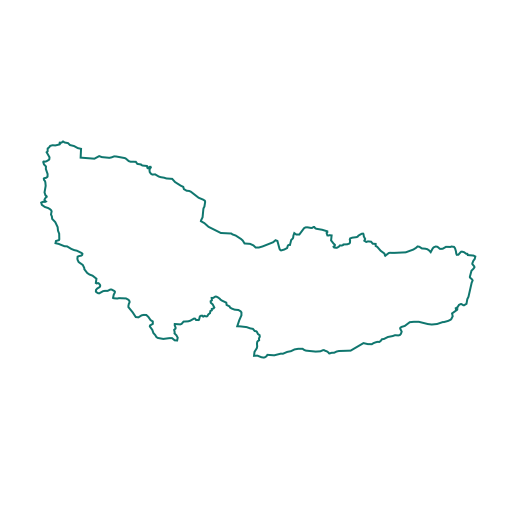 Turrubares, San José, Costa Rica, rotated 274°
{"feature_id": "36466004B44597277334716", "entity_name": "Turrubares", "entity_type": "district", "adm_level": 2, "iso_a3": "CRI", "parent_name": "Costa Rica", "parent_adm1": "San José", "projection": "natural_earth1", "projection_center": [-84.504, 9.748], "detail": "fine", "context": "isolated", "style": "outline", "palette": "teal", "viewbox_px": 512, "rotation_deg": 274, "n_neighbors": 0, "source": "geoboundaries", "source_scale": "gbopen_adm2", "svg_char_len": 6065}
<svg xmlns="http://www.w3.org/2000/svg" viewBox="0 0 512 512"><g transform="rotate(274 256 256)"><path d="M344.9,39.9L340.1,43.1L338.2,43.1L337.5,42.7L335.9,40.4L335.5,39.4L335.4,37.5L334.9,37.2L332.6,38.1L330.7,40.2L328.1,40.3L323.2,42.4L320.7,42.5L320.3,42.3L319.4,41.2L318.8,39.2L318.3,38.9L317.0,39.3L316.1,40.2L314.9,40.7L311.3,41.3L304.7,40.6L301.9,41.7L301.3,42.7L300.5,43.1L299.7,42.2L297.6,41.1L296.9,41.1L295.7,42.6L295.3,41.9L295.1,39.4L294.3,38.0L292.1,38.8L290.2,41.9L289.3,45.4L288.3,47.3L287.3,48.5L286.3,49.0L283.1,48.6L281.3,49.6L278.8,50.1L275.8,53.4L271.0,56.1L267.5,56.7L264.5,58.1L258.9,58.6L258.1,58.3L257.0,55.4L254.8,55.1L254.3,58.3L252.4,64.2L252.4,66.9L250.2,71.2L249.2,74.2L248.8,76.9L246.8,81.9L246.1,82.7L244.9,82.5L244.2,81.7L243.6,79.5L242.9,78.1L240.8,78.0L239.5,78.4L237.6,79.5L235.0,83.8L232.1,85.5L230.8,85.7L227.3,88.8L225.9,91.2L225.0,94.3L222.2,98.4L217.9,98.1L217.5,99.1L217.9,99.9L217.9,100.8L216.6,102.2L215.9,102.6L214.9,102.6L214.0,102.1L212.5,99.9L211.1,98.8L209.6,98.7L208.9,99.1L207.9,101.0L207.8,102.2L210.2,105.8L210.6,107.2L210.9,110.5L212.4,113.0L212.5,114.2L211.2,117.1L210.7,117.7L209.6,117.7L207.6,116.8L204.2,116.3L203.9,117.2L203.9,120.6L204.4,122.3L204.6,129.3L203.4,131.9L202.0,133.0L200.9,133.1L199.5,132.5L197.4,132.2L196.1,132.3L191.2,136.9L186.7,140.3L186.6,143.0L188.8,146.0L189.4,148.0L189.5,150.7L187.7,152.9L184.7,155.3L183.5,157.6L181.1,157.8L179.3,155.1L178.3,155.0L175.1,157.7L172.0,159.0L170.1,161.0L168.2,162.3L167.4,163.8L166.8,169.3L168.0,175.2L168.2,178.0L166.2,180.8L166.2,183.2L169.0,183.6L171.4,182.1L173.1,180.1L174.3,180.2L176.6,179.5L178.0,180.8L178.9,180.8L181.3,179.7L182.5,179.7L182.5,185.2L183.1,186.5L185.5,188.3L186.1,192.9L186.9,195.0L189.3,198.6L189.2,199.7L188.0,200.6L188.1,203.2L188.4,203.6L191.8,204.2L192.6,205.3L192.7,206.5L192.0,207.1L191.9,207.9L192.7,208.6L192.3,210.3L192.3,211.1L192.7,211.7L194.4,212.5L195.8,214.1L197.9,214.3L198.7,215.7L200.1,215.6L200.7,217.3L201.7,218.0L204.7,216.2L206.2,214.2L207.7,213.9L208.7,215.1L211.1,214.7L211.2,216.2L212.7,218.3L212.7,219.4L212.0,221.0L210.8,222.9L210.0,223.6L209.1,225.2L207.4,229.6L205.1,230.1L203.9,233.1L202.8,233.7L201.9,235.4L201.0,238.4L200.9,242.3L199.7,244.6L198.7,245.4L195.8,245.6L190.8,243.8L184.6,242.2L184.7,245.3L184.4,251.7L183.4,255.2L183.1,258.0L181.1,259.9L180.9,261.6L180.5,262.1L178.3,263.4L177.3,265.1L175.7,265.4L174.0,264.7L172.2,265.0L171.2,263.7L170.3,263.2L168.5,263.1L165.9,263.5L164.0,263.2L160.3,261.2L156.3,261.0L156.7,264.4L155.4,268.4L155.2,270.9L155.6,272.0L156.7,273.4L158.2,274.3L158.2,281.1L160.3,287.5L160.4,289.7L162.5,293.8L163.5,297.5L165.5,301.0L166.4,304.7L166.7,308.9L165.6,310.7L165.1,312.4L164.8,322.2L165.4,326.8L166.8,329.6L166.8,330.5L166.2,331.8L165.9,333.2L164.8,335.0L164.0,335.6L163.9,336.2L164.7,338.1L165.0,340.8L166.3,343.0L167.0,345.3L168.2,357.0L176.6,369.3L175.9,373.7L176.1,377.7L177.3,379.3L178.2,381.3L178.8,383.0L178.9,385.1L180.1,386.4L181.7,387.4L182.2,389.5L184.4,393.2L185.7,398.0L186.7,400.2L186.7,403.6L187.2,405.0L188.5,406.0L190.7,406.6L193.6,404.9L194.5,405.0L195.4,406.1L196.6,409.3L200.7,414.0L201.4,418.2L201.7,423.1L200.1,432.2L199.9,436.1L200.8,441.4L203.1,446.9L203.2,448.1L204.7,452.3L206.1,454.7L206.9,455.3L209.6,456.4L212.4,455.6L216.4,460.4L216.9,460.5L217.0,459.1L217.8,458.9L219.0,460.6L221.4,461.9L222.3,463.5L222.4,464.2L221.4,466.2L221.3,466.9L223.0,469.3L227.7,469.8L230.1,470.8L244.4,473.0L246.7,473.8L247.6,473.3L249.5,470.9L250.3,470.8L256.4,472.0L258.3,473.7L259.9,474.7L260.8,474.5L263.0,472.4L263.7,472.3L266.5,473.2L268.3,474.4L270.8,474.8L271.6,472.9L271.7,467.2L272.9,466.7L272.9,465.5L274.3,463.3L274.7,461.3L274.6,460.4L274.0,459.8L271.4,457.8L271.2,456.2L272.4,455.6L274.7,455.1L277.6,454.0L278.9,452.9L279.1,450.3L278.6,449.5L278.4,444.9L276.3,441.8L276.0,440.1L276.0,438.9L277.5,436.9L277.9,436.1L278.0,434.6L277.0,432.6L275.8,431.7L272.0,430.0L273.4,428.6L274.7,426.5L275.1,424.3L275.1,421.0L276.6,418.3L276.8,416.5L275.3,415.1L273.4,412.5L270.1,405.1L268.8,394.1L268.5,389.2L268.2,388.2L265.2,384.9L265.5,384.6L267.3,384.0L267.7,383.5L269.9,380.0L273.6,376.3L274.3,374.7L276.4,374.5L276.4,371.6L278.3,369.8L278.4,366.7L277.7,365.0L278.8,363.0L280.6,363.7L283.0,362.2L285.3,361.7L285.8,361.3L285.6,360.0L284.6,358.4L283.4,356.7L282.3,356.0L281.8,354.8L281.0,350.7L280.1,348.7L278.8,348.4L277.9,348.8L275.8,348.8L274.9,348.2L274.0,346.1L273.6,342.4L273.0,342.1L272.4,340.8L272.4,339.0L271.2,338.1L270.1,336.6L269.8,335.9L269.8,334.1L270.0,333.2L270.6,332.7L271.9,333.9L272.7,333.9L273.9,332.4L276.8,329.8L281.8,330.0L281.9,327.9L281.5,327.0L281.5,325.8L283.6,324.9L284.4,324.9L284.8,325.5L285.6,325.4L286.8,320.1L287.4,314.1L287.8,313.2L289.0,312.1L289.0,311.5L287.9,309.9L287.8,309.0L288.2,305.4L288.0,303.4L287.1,302.0L280.4,297.7L280.2,294.7L281.5,292.6L279.0,291.9L277.1,291.8L276.1,291.5L274.4,290.0L269.4,289.1L269.4,288.2L269.0,287.4L268.4,287.0L266.1,286.5L264.4,283.7L263.3,280.6L263.6,279.9L264.7,279.0L272.5,276.3L273.1,274.4L270.9,272.1L266.0,261.9L264.6,258.1L264.4,255.1L266.4,252.7L267.7,249.2L267.7,243.7L270.5,241.7L271.9,239.9L275.0,234.3L275.9,231.0L276.7,229.8L276.5,219.3L281.8,206.6L285.2,202.2L286.7,199.0L286.9,198.6L287.7,198.7L290.9,200.0L298.6,200.2L299.9,200.3L301.7,201.1L306.4,201.5L307.6,201.1L308.6,199.2L310.1,194.7L315.6,186.5L316.2,184.8L316.3,182.2L317.7,179.4L319.9,178.6L320.9,176.0L324.1,170.1L327.1,167.0L327.1,161.2L327.7,158.8L328.0,155.4L328.5,153.4L330.4,149.7L330.0,146.9L330.7,145.5L332.2,144.2L333.8,143.8L335.8,144.0L336.9,144.9L337.6,144.6L337.5,143.4L335.9,142.5L335.9,142.2L336.2,141.6L338.2,140.9L338.3,136.8L338.7,135.4L339.3,134.9L339.6,131.2L341.6,129.5L341.3,124.3L341.8,122.4L344.0,119.5L344.5,118.4L345.5,109.7L345.5,107.6L344.3,105.0L343.7,102.9L343.9,95.3L344.7,92.6L341.8,88.0L341.9,74.2L350.7,74.0L351.2,70.7L353.0,66.8L353.7,62.7L355.5,60.6L355.9,57.1L356.8,55.5L355.5,54.1L355.4,52.3L354.7,52.2L354.1,52.6L353.6,52.3L352.3,48.1L352.3,45.3L351.5,43.0L350.0,42.1L348.7,40.7L345.8,40.8L344.9,39.9Z" fill="none" stroke="#0f766e" stroke-width="2"/></g></svg>